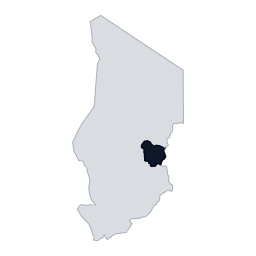 location of Ouaddaï within Chad
{"feature_id": "TCD-1475", "entity_name": "Ouaddaï", "entity_type": "Prefecture", "adm_level": 1, "iso_a3": "TCD", "parent_name": "Chad", "parent_adm1": "", "projection": "equal_earth", "projection_center": [21.069, 13.569], "detail": "fine", "context": "in_parent", "style": "filled", "palette": "ink", "viewbox_px": 256, "rotation_deg": 0, "n_neighbors": 0, "source": "natural_earth", "source_scale": "10m", "svg_char_len": 4786}
<svg xmlns="http://www.w3.org/2000/svg" viewBox="0 0 256 256"><path d="M183.1,70.1L183.2,76.4L183.2,82.6L183.2,88.9L183.3,95.1L183.3,101.4L183.4,107.7L183.4,113.9L183.4,120.2L183.4,122.3L183.3,123.2L183.3,123.3L183.1,123.4L180.6,122.8L179.5,122.8L177.9,123.3L175.7,123.5L174.2,123.4L173.2,124.5L172.4,125.8L172.8,129.0L172.7,130.0L172.4,131.1L171.8,132.0L171.1,132.7L170.7,133.4L170.2,134.8L169.8,135.5L169.8,136.3L169.7,137.3L169.3,137.8L168.2,138.1L167.6,138.5L167.0,139.2L166.7,139.7L166.9,140.4L167.1,141.3L167.3,142.7L167.4,143.5L167.9,144.2L168.2,144.6L168.3,145.2L168.0,145.7L166.7,146.7L166.2,147.1L165.6,147.6L165.4,147.8L164.5,148.8L164.0,149.6L163.8,150.4L163.8,151.3L164.3,152.8L164.8,154.1L165.0,155.0L165.1,156.1L165.1,157.0L164.8,157.9L164.3,158.7L162.6,160.1L161.7,161.7L161.0,163.6L160.8,164.7L161.0,165.4L161.4,166.0L161.9,166.3L162.7,166.4L164.0,166.1L165.1,165.8L166.4,166.5L167.1,168.2L166.8,169.4L167.3,171.5L167.7,174.1L167.7,175.0L167.9,175.3L168.7,175.5L168.8,176.1L168.6,180.7L169.0,181.9L169.5,182.8L170.1,183.3L170.7,183.9L171.0,184.4L171.7,184.5L172.5,185.3L172.7,186.4L172.6,187.5L172.2,189.8L171.8,191.3L171.4,191.2L170.4,190.9L169.3,190.5L167.9,190.3L166.6,190.9L165.2,191.7L164.8,192.3L164.4,192.7L163.7,192.6L163.2,192.7L162.9,193.3L162.3,194.0L160.3,195.3L159.9,195.8L159.6,196.3L159.6,196.8L159.8,197.9L159.8,199.2L159.4,200.3L158.8,201.1L158.2,201.4L157.7,201.5L157.4,202.0L156.3,204.5L155.8,204.9L154.9,204.8L152.2,208.6L151.9,209.7L150.9,211.2L149.7,213.0L148.6,213.8L148.5,214.1L148.2,214.5L147.5,214.9L145.1,217.0L142.2,216.9L141.0,217.7L139.7,218.1L137.9,218.5L137.4,218.5L135.1,218.6L132.4,218.6L131.3,218.9L130.4,219.7L129.6,220.4L129.5,220.6L129.7,220.9L129.6,221.1L131.5,222.9L132.0,223.7L131.5,224.5L131.3,224.7L130.9,225.4L129.8,227.3L128.1,229.6L127.3,230.3L126.9,230.7L126.5,232.2L126.2,232.5L125.0,232.7L122.7,232.8L119.5,233.3L117.6,233.5L116.4,233.4L114.8,234.4L114.2,234.7L113.8,234.8L112.1,235.8L110.8,237.4L110.3,237.7L108.3,238.4L107.6,239.5L107.2,239.6L106.0,238.1L105.1,236.8L104.7,235.5L104.7,235.0L104.4,235.1L103.8,235.7L103.2,236.4L102.9,237.7L100.9,238.5L99.2,239.3L98.4,240.2L97.2,240.6L95.7,240.5L94.5,240.1L93.3,239.9L93.9,238.8L94.1,237.9L94.2,236.9L94.1,236.2L93.4,235.8L92.9,235.2L92.0,231.9L90.9,228.5L89.5,225.1L87.9,223.0L86.8,221.7L86.4,221.5L85.9,221.1L85.5,220.7L83.4,218.4L81.2,215.9L80.7,214.7L79.6,213.0L78.4,211.2L77.8,210.4L77.5,208.9L78.4,207.6L79.3,205.9L80.4,204.8L81.8,204.7L84.1,205.2L86.7,205.3L89.2,205.0L89.8,204.7L90.4,204.7L91.8,205.1L94.1,205.1L95.4,204.4L94.1,203.2L92.7,201.4L91.4,199.4L90.6,197.6L89.9,195.2L89.2,192.3L88.8,188.6L88.9,186.5L89.1,184.9L89.8,182.5L89.4,181.0L89.5,179.9L89.5,178.1L89.2,177.3L88.3,174.4L88.2,174.1L87.4,172.1L87.0,168.8L86.2,166.6L84.7,165.6L83.9,164.3L83.6,162.0L83.0,161.4L80.8,160.6L78.8,160.6L77.5,158.0L75.7,154.8L74.1,151.7L73.1,145.6L72.6,142.1L73.3,141.1L74.6,138.6L76.4,133.8L80.4,126.5L82.5,122.8L86.5,117.2L91.5,110.3L94.2,106.4L94.8,99.4L95.3,92.0L95.7,86.3L96.2,79.7L96.7,74.2L97.0,70.1L97.4,64.4L97.8,63.3L99.7,58.9L99.9,58.3L99.5,57.5L96.9,53.7L96.0,52.9L95.6,50.9L96.3,49.8L93.1,43.5L92.3,42.7L92.0,41.9L92.0,40.8L92.0,36.4L91.2,29.5L90.2,21.5L94.0,19.3L96.9,17.6L100.6,15.4L104.0,17.6L108.9,20.9L113.8,24.1L118.7,27.4L123.6,30.7L128.5,33.9L133.4,37.2L138.4,40.5L143.3,43.8L148.3,47.1L153.2,50.3L158.2,53.6L163.2,56.9L168.1,60.2L173.1,63.5L178.1,66.8L183.1,70.1Z" fill="#d9dde1" stroke="#a8b0b8" stroke-width="1"/><path d="M164.6,148.6L163.7,150.1L163.4,150.6L163.4,150.8L163.7,151.1L163.8,151.4L163.9,151.6L163.9,151.8L163.9,152.1L164.1,152.6L164.7,153.5L164.9,154.0L164.9,154.8L164.9,155.1L165.1,155.5L165.5,156.0L165.6,156.4L165.5,157.0L165.1,157.6L164.1,159.0L162.8,159.7L162.7,159.9L162.3,160.3L162.0,160.9L161.1,163.1L160.9,164.1L160.7,164.6L159.5,164.1L158.2,163.4L157.2,163.8L156.1,164.7L155.2,166.0L154.6,166.3L154.2,166.2L153.1,166.0L151.9,166.4L150.5,165.7L150.5,164.4L150.4,163.4L149.5,163.3L148.8,163.0L148.7,161.1L147.1,161.1L145.9,161.1L144.7,160.4L144.7,160.2L144.8,160.0L144.8,158.5L144.5,156.0L144.5,153.7L144.1,152.8L144.1,152.5L144.0,152.2L144.1,149.1L143.9,148.9L141.6,147.4L141.6,145.3L143.2,142.9L143.8,142.3L144.0,142.1L144.0,141.9L144.4,141.7L144.5,141.6L144.5,141.4L144.7,141.2L144.8,141.2L145.0,141.2L145.2,141.3L145.3,141.3L145.5,141.2L146.0,141.3L146.7,141.0L146.8,140.9L147.3,140.8L147.5,140.9L149.3,141.7L149.5,141.8L149.8,142.0L150.0,142.2L150.1,142.3L150.5,142.5L150.8,143.3L151.0,143.8L151.7,144.6L151.8,144.7L152.0,144.7L152.9,145.4L153.9,146.1L154.2,146.2L154.4,146.2L154.6,146.2L154.8,146.1L155.1,145.9L155.6,145.5L155.9,145.4L156.6,145.4L159.5,145.9L163.1,147.5L163.5,147.9L163.6,148.0L163.9,148.5L164.0,148.6L164.3,148.7L164.6,148.6L164.6,148.6Z" fill="#0f172a" stroke="#020617" stroke-width="1.5"/></svg>